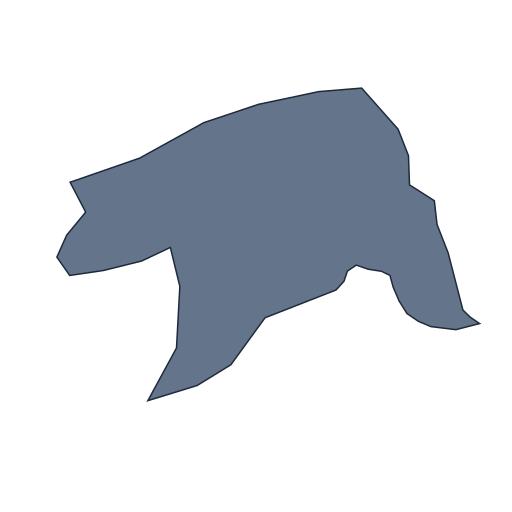 the County of Luweero, rotated 249°
{"feature_id": "UGA-3092", "entity_name": "Luweero", "entity_type": "County", "adm_level": 1, "iso_a3": "UGA", "parent_name": "Uganda", "parent_adm1": "", "projection": "albers", "projection_center": [32.54, 0.844], "detail": "fine", "context": "isolated", "style": "filled", "palette": "slate", "viewbox_px": 512, "rotation_deg": 249, "n_neighbors": 0, "source": "natural_earth", "source_scale": "10m", "svg_char_len": 671}
<svg xmlns="http://www.w3.org/2000/svg" viewBox="0 0 512 512"><g transform="rotate(249 256 256)"><path d="M326.3,69.7L343.3,86.7L358.0,112.7L391.5,108.9L389.1,182.4L399.2,255.1L396.7,312.7L387.0,373.5L374.9,414.8L323.4,434.1L295.0,434.3L267.4,424.8L243.7,442.3L220.5,436.3L190.0,436.5L131.4,429.8L122.1,434.1L112.8,440.5L115.6,416.2L127.4,394.0L136.8,384.2L148.2,376.3L162.6,373.5L177.7,372.9L189.9,374.1L196.8,367.6L203.5,355.9L211.6,346.3L209.1,335.9L200.9,329.1L195.6,318.6L195.1,242.3L163.5,193.6L156.2,154.7L159.7,103.2L198.6,148.8L254.9,174.0L294.7,179.1L292.3,147.5L297.1,108.6L304.6,75.1L326.3,69.7Z" fill="#64748b" stroke="#1e293b" stroke-width="1.5"/></g></svg>